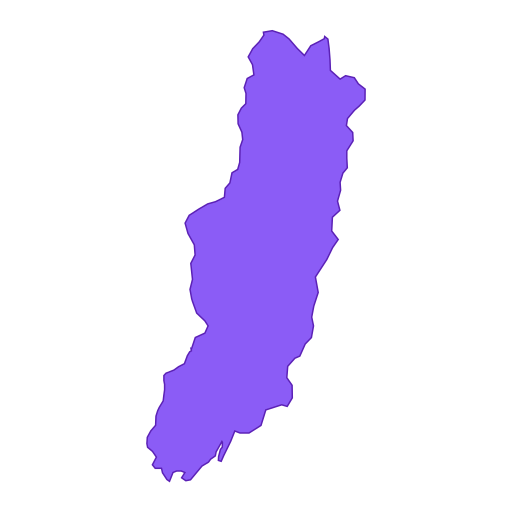 Agios Amvrosios Lemesou, Limassol, Cyprus (Natural Earth projection)
{"feature_id": "46923920B87326554948109", "entity_name": "Agios Amvrosios Lemesou", "entity_type": "district", "adm_level": 2, "iso_a3": "CYP", "parent_name": "Cyprus", "parent_adm1": "Limassol", "projection": "natural_earth1", "projection_center": [32.814, 34.754], "detail": "fine", "context": "isolated", "style": "filled", "palette": "violet", "viewbox_px": 512, "rotation_deg": 0, "n_neighbors": 0, "source": "geoboundaries", "source_scale": "gbopen_adm2", "svg_char_len": 1940}
<svg xmlns="http://www.w3.org/2000/svg" viewBox="0 0 512 512"><path d="M191.0,348.6L191.4,350.8L189.7,351.8L187.4,355.6L184.4,363.7L178.6,366.7L173.9,370.1L166.0,373.2L163.9,375.5L163.9,380.6L164.6,384.4L164.6,389.8L163.8,395.7L163.2,400.9L159.2,407.5L157.7,410.7L156.0,416.1L155.6,425.3L150.8,430.9L147.3,437.3L146.9,443.6L147.6,447.3L152.5,451.4L156.4,457.1L152.4,464.8L155.2,468.3L161.5,468.3L162.5,472.8L166.9,479.5L169.5,481.3L173.0,472.5L176.6,471.0L181.2,471.0L184.9,472.5L181.6,477.8L185.8,480.7L190.5,479.8L202.0,466.0L208.5,462.1L210.6,459.2L215.3,455.9L216.1,451.9L221.9,441.5L222.4,442.3L222.3,447.1L220.4,449.5L218.6,456.6L218.4,460.4L221.2,461.3L223.7,455.6L230.7,441.3L234.8,431.0L240.0,433.0L249.0,433.0L261.0,425.4L265.8,409.9L281.7,404.8L287.2,406.4L292.3,397.9L292.1,385.3L286.8,377.7L287.7,366.3L294.9,358.2L299.8,356.1L305.2,344.0L311.4,337.6L313.5,325.9L311.7,317.1L313.8,306.0L318.2,292.5L315.4,277.0L326.8,259.5L332.6,247.6L338.2,239.5L331.7,231.0L332.4,217.2L339.9,210.3L337.5,201.1L340.6,190.2L340.1,182.3L342.9,173.1L347.3,167.8L346.8,158.3L346.8,150.8L353.1,140.8L352.7,132.5L346.4,125.6L347.5,118.5L354.5,110.2L359.2,106.1L365.0,100.0L365.1,89.1L358.4,83.9L354.3,77.7L345.6,75.7L340.1,79.1L330.4,70.4L330.0,59.9L329.1,48.4L327.9,39.1L324.7,36.5L324.3,38.7L318.4,41.9L310.8,45.7L304.4,55.5L297.3,48.5L289.0,38.9L283.1,34.2L272.3,30.7L263.4,32.2L263.9,35.1L259.2,41.9L252.7,48.7L248.2,56.9L252.5,64.7L253.9,74.9L247.2,78.5L244.2,87.7L246.0,93.5L245.8,103.7L241.3,108.2L237.9,114.8L238.1,123.8L241.9,132.2L242.7,139.6L240.1,147.2L239.9,154.6L239.7,162.4L237.7,169.4L232.0,172.8L229.9,182.9L225.2,188.3L224.4,197.3L215.5,201.7L207.7,203.9L198.8,209.1L189.2,215.3L185.1,223.1L188.0,233.5L194.3,244.8L195.1,255.0L190.8,263.4L192.5,279.4L190.0,289.4L191.7,298.8L192.5,301.4L196.7,313.1L204.9,320.9L208.1,325.9L204.9,333.1L195.3,337.5L191.5,348.9L191.0,348.6Z" fill="#8b5cf6" stroke="#5b21b6" stroke-width="1.5"/></svg>